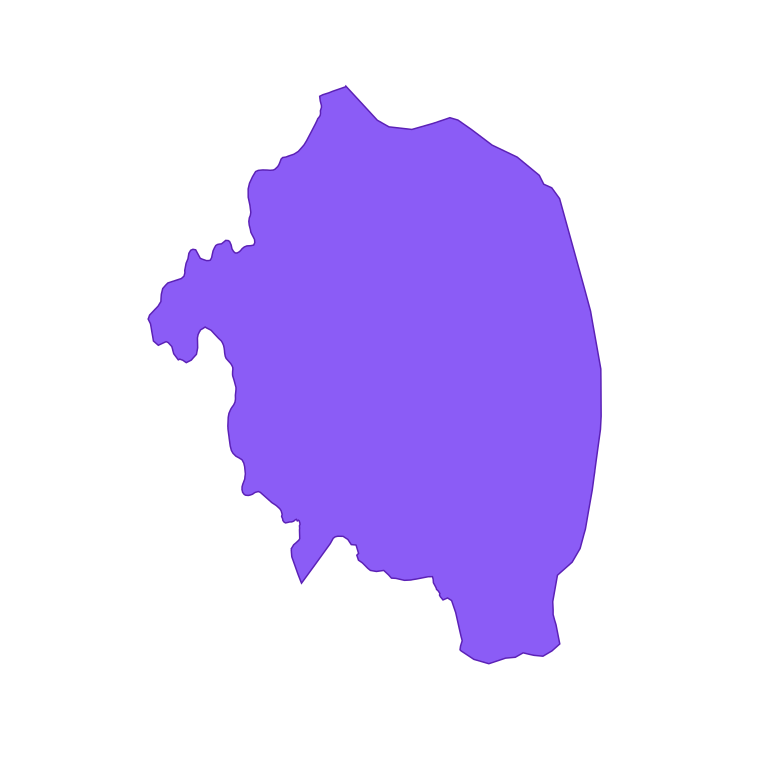 outline of Lamandau, Kalimantan Tengah, Indonesia, rotated 348°
{"feature_id": "22746128B62127435888540", "entity_name": "Lamandau", "entity_type": "district", "adm_level": 2, "iso_a3": "IDN", "parent_name": "Indonesia", "parent_adm1": "Kalimantan Tengah", "projection": "equal_earth", "projection_center": [111.153, -1.823], "detail": "fine", "context": "isolated", "style": "filled", "palette": "violet", "viewbox_px": 768, "rotation_deg": 348, "n_neighbors": 0, "source": "geoboundaries", "source_scale": "gbopen_adm2", "svg_char_len": 5273}
<svg xmlns="http://www.w3.org/2000/svg" viewBox="0 0 768 768"><g transform="rotate(348 384 384)"><path d="M261.9,561.7L280.2,545.3L298.2,529.0L302.3,524.3L304.6,523.3L307.2,523.3L312.3,524.5L316.3,528.5L318.6,534.3L323.0,535.6L323.2,535.9L323.9,544.4L321.8,545.8L322.4,551.0L325.6,554.4L329.8,560.9L331.9,563.5L337.6,565.8L345.0,566.3L348.8,571.7L350.9,575.4L355.2,576.6L363.2,580.3L369.5,581.3L371.3,581.3L375.0,581.5L387.1,581.7L391.3,582.5L391.5,585.1L391.0,588.7L392.6,594.2L392.7,595.9L393.8,597.3L395.1,600.5L394.4,602.0L394.9,603.8L396.8,607.5L401.7,606.5L405.1,609.9L406.6,622.5L406.8,641.0L406.9,647.3L407.0,648.7L407.1,651.4L404.4,656.2L403.1,659.8L403.9,661.1L411.1,668.4L414.6,672.0L428.4,679.4L439.1,678.2L445.3,677.5L445.8,677.4L455.6,678.6L464.2,675.9L470.3,678.8L474.3,680.6L482.9,683.3L492.8,680.0L501.9,674.8L502.2,655.3L501.8,650.6L501.5,644.6L502.5,639.9L503.8,632.0L513.9,607.1L531.0,597.4L541.6,585.7L545.4,578.3L548.3,572.6L550.8,567.9L557.4,551.4L565.7,530.9L570.4,517.7L571.9,513.7L572.0,513.2L575.2,504.2L579.8,491.4L586.3,473.4L588.5,465.1L589.7,460.6L596.8,426.3L599.2,414.4L600.0,391.1L600.8,366.2L601.2,355.7L600.0,333.5L594.3,239.2L588.9,227.0L581.8,221.8L579.3,212.2L566.5,196.1L561.5,189.8L539.4,172.8L522.4,153.2L511.2,141.2L503.8,137.2L499.1,137.8L486.0,139.3L464.2,140.8L442.3,133.5L432.3,124.6L416.4,97.8L408.6,84.7L408.2,85.3L403.6,85.9L394.5,87.0L390.7,87.7L384.4,88.3L380.9,89.2L380.5,93.9L380.7,98.6L380.3,100.5L378.6,103.5L378.2,106.0L377.5,107.9L376.3,109.2L374.3,110.8L373.6,111.9L370.9,115.4L365.3,122.2L358.8,130.0L357.1,131.8L355.6,133.4L353.0,135.4L348.5,138.7L343.6,140.5L337.6,141.2L337.6,141.3L335.0,141.6L332.0,141.4L330.1,142.6L328.4,145.3L326.9,147.5L325.3,149.2L322.1,151.2L320.2,151.7L318.8,151.5L317.1,151.3L314.4,150.5L309.9,149.4L305.4,148.9L302.6,149.5L298.5,153.9L294.2,159.6L291.7,164.9L290.0,173.1L290.0,181.4L289.4,188.4L288.3,191.3L286.8,193.5L285.6,196.8L285.2,200.5L285.4,205.2L285.3,207.9L286.0,210.6L286.5,212.3L287.4,215.7L287.0,218.8L285.4,221.0L282.6,221.0L278.6,220.4L275.8,220.9L273.4,222.1L271.7,223.5L270.1,224.5L267.6,225.3L265.7,224.9L264.4,223.1L263.4,220.2L263.4,216.3L262.6,212.5L261.4,211.3L259.0,210.6L257.4,211.5L254.2,213.1L251.9,212.9L250.0,212.9L248.2,213.6L246.5,215.5L244.5,218.2L242.9,221.7L241.7,224.5L239.8,226.8L238.2,226.8L236.0,226.4L232.2,224.1L230.4,222.8L229.7,220.4L227.7,213.6L225.1,212.5L222.7,213.0L220.3,215.6L218.3,220.7L215.5,224.8L212.7,231.5L212.4,233.7L210.8,236.9L207.7,238.7L193.6,240.2L191.0,241.9L187.4,244.6L184.9,249.8L184.8,250.1L184.7,250.4L183.7,253.9L182.9,257.0L181.6,258.3L180.5,259.5L179.3,260.8L176.0,263.1L175.9,263.1L173.5,264.8L173.3,264.9L173.2,265.0L171.3,266.3L171.0,266.5L169.1,267.8L168.2,269.2L167.9,269.8L166.8,271.4L168.1,276.5L168.0,280.1L167.8,284.1L167.6,290.2L167.5,292.2L167.4,294.0L171.3,299.2L176.5,298.0L179.2,297.4L179.7,297.3L181.5,298.6L184.2,303.2L184.4,305.6L184.4,305.9L184.4,307.0L184.6,310.7L185.1,311.8L187.8,317.6L188.8,317.4L189.4,317.2L191.1,318.3L192.0,318.8L192.3,319.1L195.0,322.0L200.4,320.6L201.1,320.1L202.8,318.8L204.2,317.8L206.0,316.5L206.7,316.0L207.4,314.3L207.5,314.0L207.7,313.6L209.0,310.5L209.3,309.7L211.1,300.1L211.6,299.0L212.1,297.8L212.3,297.4L212.4,297.0L212.6,296.8L213.3,295.9L214.2,294.7L214.8,294.2L215.3,293.5L215.7,293.0L218.0,292.2L219.1,291.8L220.9,291.1L222.0,292.2L225.1,294.7L226.0,295.5L226.3,296.0L227.1,297.3L228.2,299.2L230.7,303.3L231.3,304.3L232.0,305.4L232.3,305.8L233.1,307.0L233.4,307.4L233.7,307.8L234.5,310.0L235.1,313.0L235.1,315.6L234.9,318.1L234.6,320.3L234.5,322.6L234.5,324.1L234.9,326.2L236.4,328.8L238.3,332.1L239.1,334.4L239.5,336.4L239.4,337.0L239.2,338.2L239.2,338.3L238.6,340.0L238.0,342.4L237.8,343.4L237.7,344.6L237.9,346.7L238.1,348.9L238.5,356.6L238.0,358.9L237.6,360.1L237.4,360.8L237.2,361.3L237.1,361.7L236.3,364.0L235.6,367.8L234.5,370.7L232.7,373.1L230.6,375.0L229.1,376.5L228.9,376.8L228.7,377.0L226.2,380.5L224.7,384.2L222.5,392.8L222.2,394.9L222.1,395.1L221.9,397.0L221.8,398.4L221.6,400.8L221.5,402.4L221.4,403.7L221.3,404.4L220.7,412.7L220.9,417.3L221.9,420.4L224.1,423.8L226.9,426.2L228.2,427.5L228.3,427.5L229.4,428.7L229.5,429.0L229.9,430.3L229.9,430.6L230.4,432.1L230.5,435.8L230.3,437.7L229.7,443.1L228.6,446.1L228.5,446.5L228.0,448.1L227.4,449.0L226.8,449.9L225.8,451.5L225.1,452.5L224.5,453.7L223.8,455.0L223.3,457.2L223.1,457.9L223.1,458.0L223.2,459.0L223.2,460.6L223.3,460.8L223.5,461.2L224.2,462.8L225.3,463.9L226.4,464.3L227.8,464.7L228.0,464.8L230.0,464.8L232.3,464.5L232.9,464.3L234.2,463.7L235.3,463.3L236.1,463.2L238.0,463.1L238.6,463.0L239.0,463.3L240.3,464.1L241.1,465.1L242.1,466.5L242.5,467.0L245.3,470.8L249.6,476.7L250.6,477.7L252.8,479.9L253.6,480.8L256.1,484.3L257.0,486.5L257.3,490.3L256.3,492.3L256.8,494.6L256.7,496.5L257.6,498.4L258.8,499.4L261.4,499.4L262.8,499.3L265.1,499.7L267.1,499.4L268.3,498.8L269.2,498.3L270.2,498.2L270.7,499.9L272.0,499.5L272.6,500.3L272.8,502.3L272.7,503.8L271.8,505.1L271.5,507.5L271.0,509.1L269.4,517.8L268.4,518.9L264.8,521.1L263.1,522.0L262.3,522.5L262.2,522.5L259.4,525.5L259.1,525.7L259.1,525.9L258.9,527.0L258.7,527.5L258.6,528.5L258.4,529.7L258.3,530.6L258.2,531.4L258.1,532.0L257.9,533.9L260.3,552.1L261.8,561.3L261.9,561.7Z" fill="#8b5cf6" stroke="#5b21b6" stroke-width="1.5"/></g></svg>